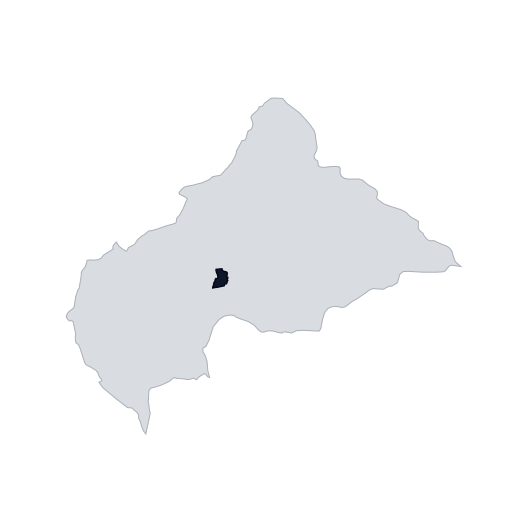 Mala, Kémo, Central African Republic (highlighted), rotated 348°
{"feature_id": "33826404B24746486434253", "entity_name": "Mala", "entity_type": "district", "adm_level": 2, "iso_a3": "CAF", "parent_name": "Central African Republic", "parent_adm1": "Kémo", "projection": "robinson", "projection_center": [19.625, 6.239], "detail": "fine", "context": "in_parent", "style": "filled", "palette": "ink", "viewbox_px": 512, "rotation_deg": 348, "n_neighbors": 0, "source": "geoboundaries", "source_scale": "gbopen_adm2", "svg_char_len": 4506}
<svg xmlns="http://www.w3.org/2000/svg" viewBox="0 0 512 512"><g transform="rotate(348 256 256)"><path d="M351.3,184.7L355.8,186.0L356.6,187.6L355.4,192.7L356.2,195.9L358.8,198.5L361.4,199.7L363.8,200.3L372.4,202.0L375.9,203.9L380.6,209.9L386.6,215.3L388.0,218.2L387.7,220.8L386.0,224.0L386.3,225.3L389.0,228.5L392.1,231.7L397.8,235.4L407.7,241.0L412.2,244.8L413.7,247.7L416.3,250.9L419.8,253.7L422.1,255.9L420.5,262.2L421.0,264.2L421.9,266.0L424.0,268.4L424.8,271.6L426.9,275.5L429.3,277.3L433.4,278.0L435.5,279.8L440.0,283.0L444.3,285.7L446.2,287.5L447.3,289.2L448.3,291.1L448.8,293.1L448.9,297.3L449.7,302.6L452.0,306.1L454.2,308.8L445.4,305.7L444.0,305.7L442.5,306.2L437.9,310.0L436.4,310.4L430.6,309.6L416.6,306.7L405.8,303.8L402.5,302.8L396.8,301.8L392.9,303.7L389.4,310.4L388.4,311.7L382.7,313.7L380.1,313.2L373.6,315.0L363.5,312.2L360.0,312.8L357.1,314.2L349.9,317.2L345.6,318.9L340.5,320.5L335.6,322.9L332.4,324.3L329.2,324.2L326.3,322.9L323.2,321.7L319.4,321.5L315.5,322.2L312.2,324.8L310.8,326.7L307.9,331.8L304.5,340.0L303.2,341.7L302.0,342.6L286.3,338.4L279.5,337.5L274.9,338.8L269.2,336.4L266.7,336.0L265.5,336.8L262.3,335.7L257.1,332.9L252.2,331.7L247.7,332.1L245.0,331.2L242.8,328.5L240.0,323.5L234.8,318.5L228.0,314.5L223.7,311.5L222.0,309.5L218.3,308.4L212.7,308.2L207.2,310.1L199.5,316.3L192.2,329.1L188.2,334.0L184.9,335.2L184.1,338.3L185.7,343.2L186.2,348.8L185.0,358.4L185.4,365.3L183.7,364.2L182.1,361.0L181.3,360.3L176.5,361.8L174.0,363.1L172.7,364.4L171.7,364.6L170.2,362.8L169.0,362.5L167.1,362.8L165.2,362.8L163.9,362.5L163.1,362.7L160.9,361.6L152.6,359.0L151.2,358.1L149.6,358.2L145.3,360.5L143.1,361.1L136.3,362.6L129.0,363.3L126.2,363.3L124.3,364.4L123.1,365.8L120.8,374.6L120.2,376.2L120.3,378.4L119.7,385.5L119.9,387.7L111.2,407.2L109.7,403.9L108.9,400.1L108.5,395.8L108.7,394.6L108.1,393.3L107.4,389.7L108.1,387.5L107.5,385.0L105.9,382.7L104.3,380.9L103.4,379.3L102.7,378.6L101.0,378.3L98.7,377.5L89.1,366.1L79.0,353.2L77.0,349.1L76.1,346.7L78.6,346.4L79.2,346.0L79.2,344.8L77.7,341.6L77.0,337.4L75.8,334.8L71.8,330.9L68.1,327.9L66.9,326.4L66.2,324.2L64.8,310.3L64.1,306.4L63.0,304.7L62.1,303.9L61.8,302.9L61.9,300.4L62.4,298.2L62.4,297.4L63.4,295.4L63.5,282.6L62.3,280.8L60.0,280.8L58.8,279.0L57.8,276.6L58.1,274.9L60.3,272.3L61.8,271.3L66.0,269.3L67.3,268.2L68.0,267.0L68.5,265.3L71.0,258.7L74.7,252.1L76.3,250.8L80.1,241.1L81.0,238.6L81.6,236.1L82.8,234.2L86.9,230.9L90.0,225.1L93.3,225.4L96.7,226.4L101.1,226.8L104.5,225.7L106.8,223.5L117.4,219.6L118.2,216.5L119.9,214.9L121.8,213.5L122.5,213.3L122.7,214.3L123.8,217.5L126.2,220.7L129.8,224.2L130.8,224.0L133.0,221.3L138.6,219.7L140.0,219.0L143.9,215.1L148.6,212.6L151.4,211.8L156.2,209.2L159.6,209.5L165.1,209.1L174.2,207.9L180.8,207.5L184.1,207.1L184.9,206.5L186.2,202.8L187.2,201.8L189.7,200.2L194.5,194.6L197.7,189.9L198.7,188.2L199.3,187.9L200.7,185.9L199.4,183.9L193.9,179.7L194.0,179.1L193.7,178.4L194.0,177.8L196.1,176.1L198.9,174.2L201.8,173.4L209.6,173.6L216.2,173.2L217.8,173.3L222.9,172.3L226.5,171.4L230.1,169.4L238.3,169.6L245.2,164.5L247.1,163.6L248.0,162.7L248.3,162.0L251.5,159.9L255.0,155.7L257.9,151.9L258.6,149.3L266.4,140.2L269.1,140.4L270.4,139.3L273.5,133.3L274.4,132.1L277.6,131.1L279.1,129.3L280.4,126.6L280.4,123.3L279.8,120.7L279.8,119.4L280.6,118.3L281.8,117.1L287.7,113.8L289.2,112.2L290.1,110.8L291.7,110.6L293.5,110.7L294.6,109.8L295.9,108.4L300.0,106.4L303.8,104.8L307.7,105.5L314.9,107.5L317.1,111.8L318.1,113.3L327.0,123.5L328.8,125.9L333.2,133.3L335.9,138.3L339.0,145.5L339.3,149.4L338.9,152.7L338.3,162.2L337.5,164.9L333.6,170.0L333.5,172.3L334.3,174.2L335.4,175.0L336.2,176.0L335.7,180.4L337.1,182.1L340.1,183.3L347.5,184.1L351.3,184.7Z" fill="#d9dde1" stroke="#a8b0b8" stroke-width="1"/><path d="M220.1,261.6L218.9,261.3L218.6,261.3L214.2,260.8L213.9,261.8L214.0,264.2L214.5,266.1L214.4,269.0L214.0,269.8L213.2,270.0L212.6,269.9L212.1,269.7L211.7,270.2L211.2,270.6L211.2,271.2L210.3,272.3L209.6,273.2L209.1,273.7L208.7,275.0L208.6,275.4L208.6,276.0L208.2,276.0L208.1,276.4L207.8,276.8L207.6,276.9L207.5,277.3L207.2,277.5L207.1,278.3L207.8,278.2L211.9,278.5L216.7,278.5L218.6,278.5L218.9,278.3L219.2,277.4L219.7,276.9L220.3,276.8L220.8,276.7L221.1,277.0L221.5,276.9L221.9,276.0L222.6,275.0L223.3,274.0L223.1,273.5L223.0,273.3L222.9,272.9L223.0,272.4L223.6,271.9L223.9,271.7L223.9,271.3L223.9,271.0L223.3,270.5L223.3,269.7L224.3,266.9L224.2,266.1L223.4,265.2L222.3,264.8L220.9,264.1L220.1,263.0L220.0,262.1L220.1,261.6Z" fill="#0f172a" stroke="#020617" stroke-width="1.5"/></g></svg>